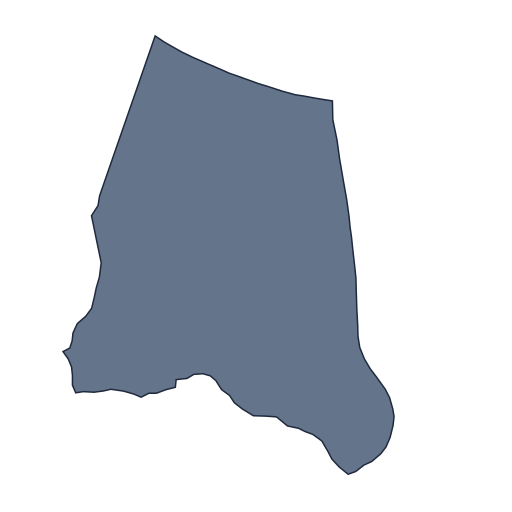 Saubara, Brazil (Albers equal-area conic projection), rotated 282°
{"feature_id": "56859067B52739574440824", "entity_name": "Saubara", "entity_type": "district", "adm_level": 2, "iso_a3": "BRA", "parent_name": "Brazil", "parent_adm1": "", "projection": "albers", "projection_center": [-38.789, -12.785], "detail": "fine", "context": "isolated", "style": "filled", "palette": "slate", "viewbox_px": 512, "rotation_deg": 282, "n_neighbors": 0, "source": "geoboundaries", "source_scale": "gbopen_adm2", "svg_char_len": 1335}
<svg xmlns="http://www.w3.org/2000/svg" viewBox="0 0 512 512"><g transform="rotate(282 256 256)"><path d="M61.7,391.5L65.9,398.3L74.0,405.1L79.0,411.9L88.7,419.3L96.3,422.9L106.4,424.9L118.9,425.3L127.7,424.4L134.8,421.6L145.1,416.2L152.5,410.2L162.6,399.1L169.4,391.2L178.0,383.3L188.1,376.5L198.5,372.5L210.1,369.7L224.1,365.9L240.7,361.8L255.3,358.3L268.5,354.0L281.9,349.5L294.0,345.6L303.6,342.1L314.0,338.8L330.0,333.0L348.8,325.4L368.6,317.5L386.1,311.2L405.3,302.8L423.6,298.5L423.1,289.3L422.7,280.6L422.4,269.2L421.9,260.7L422.7,247.2L424.4,231.3L425.1,222.7L427.4,206.1L429.3,191.5L432.1,178.3L433.7,170.0L437.2,152.8L440.2,140.6L443.7,129.5L446.4,121.2L450.3,111.6L282.4,90.5L272.5,91.0L261.2,86.7L217.2,106.0L202.8,107.2L191.8,106.4L181.9,106.4L170.7,106.1L161.8,102.1L152.8,95.3L142.7,93.0L134.7,93.8L127.3,93.0L122.4,87.1L116.2,93.8L109.2,98.6L101.0,101.3L91.5,103.3L84.7,108.1L87.4,115.2L89.1,125.9L92.2,134.7L95.5,141.8L96.3,154.8L95.5,165.6L94.0,173.0L99.5,179.8L101.1,187.2L106.5,195.7L110.8,204.4L118.5,203.6L121.9,214.0L127.3,219.8L129.8,228.5L129.3,236.1L125.8,242.6L118.2,250.0L114.1,259.1L107.9,265.4L103.4,274.7L99.2,286.6L101.4,298.8L102.9,309.5L96.3,322.1L96.3,333.6L94.5,340.5L93.3,348.7L88.8,358.8L79.9,366.9L73.1,372.5L66.7,381.6L61.7,391.5Z" fill="#64748b" stroke="#1e293b" stroke-width="1.5"/></g></svg>